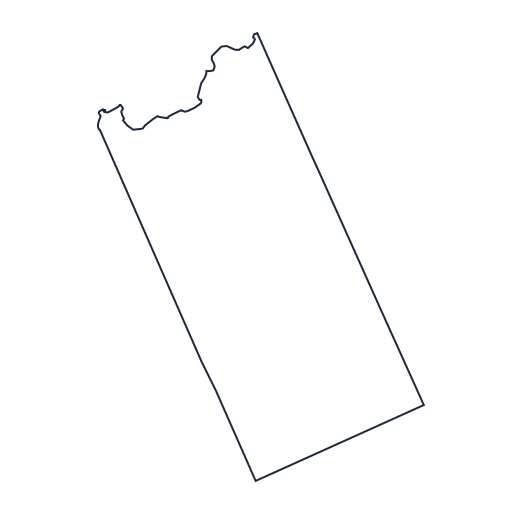 Lyon, Iowa, United States of America, rotated 66°
{"feature_id": "52423323B71367497505693", "entity_name": "Lyon", "entity_type": "district", "adm_level": 2, "iso_a3": "USA", "parent_name": "United States of America", "parent_adm1": "Iowa", "projection": "orthographic", "projection_center": [-96.51, 43.379], "detail": "fine", "context": "isolated", "style": "outline", "palette": "slate", "viewbox_px": 512, "rotation_deg": 66, "n_neighbors": 0, "source": "geoboundaries", "source_scale": "gbopen_adm2", "svg_char_len": 1255}
<svg xmlns="http://www.w3.org/2000/svg" viewBox="0 0 512 512"><g transform="rotate(66 256 256)"><path d="M133.3,164.3L57.2,164.2L52.9,164.2L52.9,164.3L52.8,167.6L53.2,168.3L55.2,169.7L56.9,168.9L57.6,168.9L59.9,171.4L60.6,172.3L62.8,178.8L59.8,181.2L60.5,186.6L60.8,187.7L59.0,191.3L52.3,197.3L50.7,202.0L50.8,202.9L55.4,214.7L56.2,215.5L58.0,216.2L59.0,216.6L62.2,216.2L66.0,216.6L68.7,219.0L69.0,219.8L68.4,222.7L66.9,226.1L69.7,227.6L72.9,231.0L75.7,235.6L78.2,237.6L87.0,244.5L90.3,244.1L90.9,243.5L90.9,242.6L91.4,242.5L93.5,243.6L94.2,244.7L95.6,251.7L95.8,259.1L95.7,260.1L95.3,262.1L92.9,264.9L92.4,265.0L92.5,269.5L92.8,277.4L93.4,280.1L94.0,280.2L94.1,280.9L89.9,287.4L88.2,289.1L89.2,295.1L91.6,304.3L93.4,307.4L93.1,309.3L90.7,316.8L84.8,320.3L78.1,322.3L76.9,320.8L72.4,320.8L71.9,320.8L69.3,320.3L68.4,319.4L67.9,318.2L66.8,317.5L63.0,318.2L62.6,319.1L63.0,320.0L63.5,320.6L63.7,321.6L63.9,323.6L64.6,333.0L62.7,336.0L61.6,336.2L61.6,334.7L61.3,334.5L59.7,336.4L60.3,340.5L61.6,341.5L65.0,341.0L69.5,345.3L72.0,347.1L74.2,347.9L76.0,348.0L77.1,347.3L330.4,348.7L363.0,347.4L461.3,347.8L460.4,163.3L354.3,163.8L274.0,164.0L273.9,164.1L268.3,164.0L200.3,164.2L189.8,164.3L133.3,164.3Z" fill="none" stroke="#1e293b" stroke-width="2"/></g></svg>